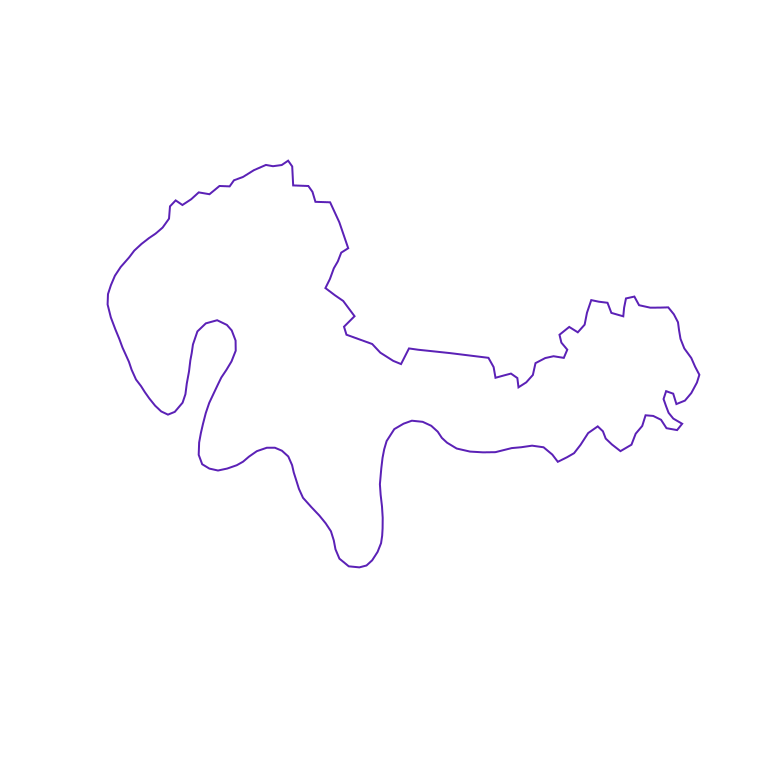 Itá, Santa Catarina, Brazil (Albers equal-area conic projection), rotated 23°
{"feature_id": "56859067B48629479075834", "entity_name": "Itá", "entity_type": "district", "adm_level": 2, "iso_a3": "BRA", "parent_name": "Brazil", "parent_adm1": "Santa Catarina", "projection": "albers", "projection_center": [-52.317, -27.249], "detail": "fine", "context": "isolated", "style": "outline", "palette": "violet", "viewbox_px": 768, "rotation_deg": 23, "n_neighbors": 0, "source": "geoboundaries", "source_scale": "gbopen_adm2", "svg_char_len": 2823}
<svg xmlns="http://www.w3.org/2000/svg" viewBox="0 0 768 768"><g transform="rotate(23 384 384)"><path d="M580.3,205.7L573.3,210.7L575.2,219.9L577.8,228.2L565.5,229.7L558.0,221.9L549.6,224.3L542.0,225.8L543.0,239.1L545.5,251.0L542.2,260.7L532.2,259.1L526.3,270.1L531.1,276.6L539.3,280.8L539.3,289.7L529.2,292.2L522.3,297.1L515.3,305.6L517.5,317.5L514.3,326.9L509.1,334.5L504.4,326.4L496.8,324.8L491.0,329.3L484.2,334.7L478.3,325.6L469.9,319.1L432.9,329.7L415.5,335.0L402.1,339.1L393.1,341.5L391.9,359.0L383.5,359.1L368.4,356.6L357.5,351.8L330.2,353.3L324.8,346.9L330.4,333.1L314.0,323.5L304.2,321.5L292.6,318.6L293.2,308.4L292.6,297.1L293.6,289.2L293.3,279.8L298.0,273.0L279.7,252.6L263.4,237.8L249.7,243.1L243.1,235.1L237.0,231.3L222.8,236.7L214.5,219.6L208.5,215.9L204.3,222.4L196.7,226.9L189.7,228.5L180.7,238.0L173.3,248.5L166.3,255.1L164.7,262.4L155.2,266.0L149.2,277.5L138.6,280.0L134.3,289.3L128.5,298.0L120.5,296.4L117.6,304.1L121.5,315.8L119.1,326.5L115.0,334.8L110.6,341.6L106.0,349.9L102.0,358.8L99.9,367.1L95.9,379.2L94.0,389.5L94.0,399.7L94.8,409.1L98.5,418.8L106.5,429.4L115.2,438.5L122.9,446.1L129.0,452.6L135.2,458.3L140.6,463.3L146.1,469.5L154.0,476.8L161.2,480.9L167.0,484.9L173.6,489.0L181.8,493.4L189.6,496.3L197.1,496.6L202.3,491.4L205.9,479.9L205.2,471.0L202.3,460.7L199.6,448.6L196.5,437.9L194.9,430.6L192.7,422.3L191.7,408.5L196.3,397.8L205.5,390.5L216.3,391.0L222.9,394.2L230.4,402.0L234.5,411.3L234.8,422.8L233.4,432.7L231.7,441.6L231.3,449.4L230.9,459.2L230.5,469.7L231.3,480.4L233.0,491.7L234.6,500.7L236.7,510.1L241.1,521.6L248.0,528.9L256.3,530.1L265.0,528.5L272.7,523.1L280.2,516.3L284.6,510.6L288.1,503.6L293.2,495.5L301.0,488.5L308.5,485.3L316.1,485.3L324.2,488.1L331.1,494.6L335.5,500.7L340.4,506.4L346.6,513.7L353.9,520.4L365.2,525.7L376.0,530.4L384.7,535.0L392.7,540.3L398.9,547.6L403.9,555.1L411.2,562.2L422.8,565.6L433.0,562.4L438.8,557.9L442.0,550.9L443.7,541.1L443.5,531.7L441.6,524.4L439.1,517.4L435.1,507.7L430.0,497.5L424.2,487.3L419.4,477.9L417.0,470.5L414.5,462.8L411.5,452.5L409.7,444.1L408.7,435.5L411.1,421.5L417.5,412.9L424.0,406.9L434.4,403.7L443.8,404.0L452.1,406.9L458.3,411.0L465.0,413.4L476.1,415.0L489.6,412.6L501.9,408.2L513.2,403.2L519.3,398.6L526.6,393.1L535.0,388.6L544.4,382.9L555.6,379.9L566.5,383.2L574.4,387.7L581.1,379.9L586.0,373.4L588.7,363.2L591.1,349.4L597.3,339.5L604.0,342.0L609.4,347.6L617.4,350.6L627.9,353.4L635.5,343.2L635.1,331.4L638.1,321.7L637.0,310.6L644.3,308.2L653.0,308.7L661.3,314.3L671.8,311.9L674.0,304.1L663.8,302.8L657.2,299.3L652.3,294.2L647.2,288.6L646.5,280.4L654.0,279.9L661.0,288.2L667.5,281.7L670.4,272.3L671.5,260.4L670.7,252.3L663.6,246.5L656.7,240.0L646.5,233.9L639.3,226.6L634.5,219.1L630.5,212.3L623.6,206.6L615.7,202.4L608.3,205.8L599.3,209.7L588.0,211.8L580.3,205.7Z" fill="none" stroke="#5b21b6" stroke-width="2"/></g></svg>